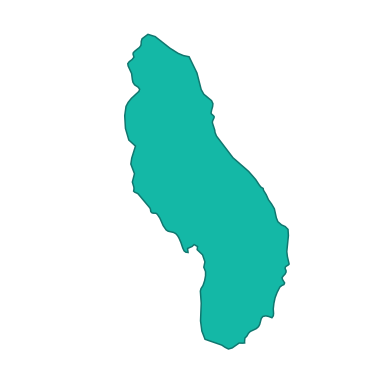 map outline of Guadalcanal (orthographic projection), rotated 230°
{"feature_id": "SLB-1263", "entity_name": "Guadalcanal", "entity_type": "Province", "adm_level": 1, "iso_a3": "SLB", "parent_name": "Solomon Islands", "parent_adm1": "", "projection": "orthographic", "projection_center": [160.135, -9.592], "detail": "fine", "context": "isolated", "style": "filled", "palette": "teal", "viewbox_px": 384, "rotation_deg": 230, "n_neighbors": 0, "source": "natural_earth", "source_scale": "10m", "svg_char_len": 2044}
<svg xmlns="http://www.w3.org/2000/svg" viewBox="0 0 384 384"><g transform="rotate(230 192 192)"><path d="M148.2,150.1L149.8,148.6L151.9,148.1L155.0,148.9L160.6,151.1L165.4,152.5L168.0,152.9L170.6,152.8L173.0,151.8L177.3,148.5L179.6,147.8L184.8,148.3L192.6,150.6L197.3,151.1L198.9,150.7L200.9,148.5L202.2,147.8L203.6,147.9L205.7,149.2L207.0,149.5L225.3,149.5L226.2,149.2L228.7,148.0L230.2,147.8L230.6,148.3L231.6,149.5L233.1,150.6L238.0,152.7L243.0,159.7L252.7,163.1L256.7,167.6L263.5,178.2L272.4,177.0L283.5,181.9L293.7,189.5L300.0,196.5L301.7,200.7L302.7,205.7L303.2,216.0L304.4,218.0L307.1,218.1L311.0,216.9L314.0,217.3L316.5,218.6L321.6,221.9L329.6,224.1L331.6,225.3L332.2,227.7L332.0,231.2L332.6,234.2L335.6,235.5L336.5,236.7L336.7,239.4L336.5,244.6L337.1,247.0L338.4,248.5L340.0,249.9L341.5,252.3L341.1,259.6L334.7,263.7L316.5,267.5L307.1,270.5L301.9,273.2L297.5,276.7L280.0,272.3L264.6,264.9L259.3,263.9L249.4,265.7L246.2,264.8L244.1,262.6L242.3,259.9L240.2,257.3L239.2,257.1L236.3,257.5L235.3,257.3L234.6,256.4L233.1,253.3L231.9,252.1L224.8,249.2L222.8,247.9L219.0,246.7L191.9,245.4L171.4,248.6L160.6,248.8L153.9,248.0L151.2,248.0L149.0,248.8L147.4,247.9L142.2,247.1L136.9,245.6L131.5,245.2L126.2,244.3L118.0,240.0L114.1,238.7L109.4,239.4L105.6,241.2L101.6,241.5L96.6,237.8L85.4,226.3L81.1,223.5L74.4,220.1L74.2,219.1L74.6,216.2L74.4,215.1L73.5,214.1L71.5,213.6L70.2,212.6L69.3,210.5L69.0,208.0L68.5,205.9L66.8,205.1L62.8,204.5L62.0,202.9L62.6,200.8L62.7,198.2L60.4,192.7L57.6,187.7L54.1,183.2L50.2,179.1L46.5,176.4L44.9,174.7L44.3,172.4L47.4,170.7L49.7,168.9L51.1,166.3L50.6,163.8L47.1,158.8L46.1,156.4L46.0,153.5L47.7,147.0L47.5,144.5L46.3,141.2L46.1,138.6L43.5,136.0L42.5,135.3L43.6,133.7L46.0,131.0L46.7,122.6L48.3,119.0L51.8,117.5L55.6,116.4L70.8,107.3L79.2,110.2L87.8,115.7L100.8,127.5L110.7,134.7L112.2,136.8L113.3,140.3L115.9,144.6L119.1,148.5L122.3,151.2L126.8,152.7L130.2,157.0L137.1,159.7L144.5,158.9L146.7,161.2L150.4,159.8L150.2,157.1L151.6,152.3L148.2,150.1Z" fill="#14b8a6" stroke="#0f766e" stroke-width="1.5"/></g></svg>